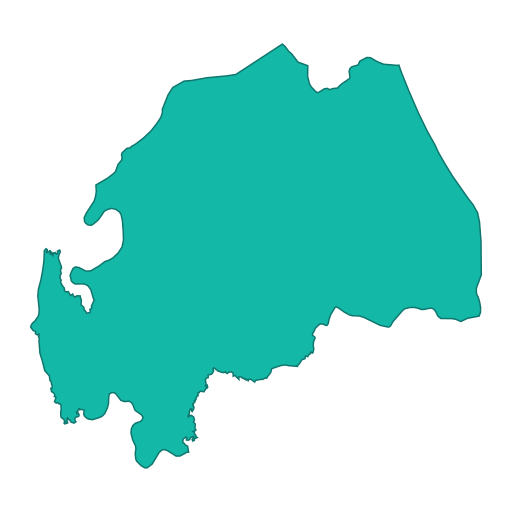 Thoulakhom, Vientiane, Laos
{"feature_id": "54806243B19850954629179", "entity_name": "Thoulakhom", "entity_type": "district", "adm_level": 2, "iso_a3": "LAO", "parent_name": "Laos", "parent_adm1": "Vientiane", "projection": "equal_earth", "projection_center": [102.616, 18.346], "detail": "fine", "context": "isolated", "style": "filled", "palette": "teal", "viewbox_px": 512, "rotation_deg": 0, "n_neighbors": 0, "source": "geoboundaries", "source_scale": "gbopen_adm2", "svg_char_len": 5902}
<svg xmlns="http://www.w3.org/2000/svg" viewBox="0 0 512 512"><path d="M162.4,109.1L162.4,112.5L160.9,117.3L156.9,123.4L151.0,130.9L143.5,138.0L135.4,144.2L131.4,146.5L129.9,147.9L127.0,148.3L122.1,152.8L121.5,155.1L122.1,157.1L121.7,160.0L118.0,164.5L115.7,171.1L114.2,173.0L107.8,178.0L95.9,185.0L96.3,191.6L95.4,197.1L94.1,201.1L86.4,213.0L84.2,217.6L84.5,221.3L85.4,222.9L87.7,224.8L91.0,225.3L92.6,224.6L97.3,220.8L99.0,219.0L104.4,211.1L107.9,209.3L111.8,208.4L115.7,209.3L119.4,211.9L121.1,214.6L122.4,220.5L123.2,231.0L123.5,240.0L122.1,246.9L118.2,252.9L112.9,257.9L109.5,259.9L104.7,261.7L98.7,266.2L90.6,270.9L85.9,271.1L79.1,267.6L75.6,266.9L73.1,268.3L71.5,271.7L70.1,275.3L71.3,280.8L72.6,282.4L75.1,284.0L83.7,283.9L86.3,284.8L88.2,286.0L90.9,289.9L93.6,299.2L94.3,299.9L91.5,305.9L91.6,308.5L89.8,309.4L90.4,311.0L90.0,312.4L87.0,313.3L85.2,310.7L84.3,310.2L83.8,307.3L81.0,304.7L81.4,299.8L80.4,297.7L80.2,295.9L76.7,295.8L75.2,297.2L73.3,295.7L72.7,294.0L70.5,295.5L68.3,291.6L65.5,291.8L64.5,290.5L64.3,288.0L62.9,286.4L60.8,282.8L60.7,281.5L61.2,280.4L60.2,278.3L60.1,275.6L61.2,273.7L60.4,270.1L61.5,268.1L61.5,267.2L58.3,258.1L59.0,254.6L60.3,251.9L60.0,250.6L59.4,250.0L57.4,251.2L57.6,253.1L56.8,254.1L56.2,254.0L55.2,252.5L54.3,253.1L53.4,252.8L52.9,255.3L51.6,252.4L50.9,252.6L51.0,254.3L50.1,253.9L50.6,251.2L50.2,250.8L49.6,250.7L49.0,251.7L46.6,252.6L46.5,251.3L47.4,250.8L47.2,249.6L46.0,248.7L44.3,250.7L44.0,260.1L42.8,269.8L41.0,279.4L38.4,289.3L37.8,295.8L39.2,309.4L38.9,314.1L37.9,316.8L34.9,321.0L32.4,323.2L31.1,325.5L30.7,327.2L33.2,330.6L35.6,331.4L35.4,333.7L37.6,335.0L38.7,334.0L39.3,335.0L38.5,337.0L39.3,337.9L39.0,340.9L39.9,353.1L42.4,361.1L44.7,370.6L49.3,375.8L50.0,380.6L51.3,381.9L51.4,383.8L52.3,385.9L52.1,387.7L50.8,388.3L50.8,388.8L51.6,389.2L51.2,390.8L51.8,391.8L53.1,392.5L54.6,394.1L54.7,395.6L54.3,396.5L55.8,397.0L56.0,397.5L54.5,401.7L56.2,403.1L57.7,402.6L59.1,404.0L60.3,403.7L60.9,404.7L61.2,409.7L60.7,411.8L60.8,415.7L61.2,417.6L63.9,419.3L64.2,420.5L65.4,421.8L64.2,422.4L64.1,423.3L64.8,423.9L67.7,422.9L66.9,420.3L67.0,418.8L67.6,417.9L68.6,419.6L70.1,420.1L70.5,421.5L71.3,422.2L74.0,423.1L75.9,421.8L74.9,420.2L74.9,418.3L76.5,416.7L77.4,416.9L78.9,416.0L79.1,414.7L78.5,413.8L76.7,413.8L76.5,411.9L77.9,412.3L77.7,410.8L78.9,408.7L79.3,408.7L79.7,409.8L81.0,409.3L84.2,410.2L83.7,414.0L84.4,416.0L87.2,418.5L88.9,419.2L92.5,419.7L99.5,417.5L102.0,416.3L104.7,413.7L107.4,408.0L108.5,403.4L108.7,397.4L109.4,393.9L112.1,392.5L114.6,392.9L116.3,394.3L120.8,400.3L124.5,401.6L129.0,401.2L131.3,402.5L132.8,404.5L134.7,409.6L135.5,410.7L141.5,414.8L142.9,417.2L142.7,418.7L141.7,420.3L140.2,421.6L135.2,423.3L132.8,425.6L131.3,429.1L131.0,433.2L132.7,439.9L135.5,445.9L135.9,448.5L135.2,453.7L135.8,459.2L136.8,461.3L141.2,465.7L144.9,467.9L147.2,467.8L152.2,464.0L159.2,452.4L162.0,450.0L163.5,449.6L166.7,450.2L176.1,456.1L180.1,456.0L187.0,452.2L188.6,452.2L187.6,446.1L185.4,445.1L184.2,443.4L182.7,442.4L183.2,439.0L186.0,437.0L186.7,437.6L186.4,440.0L188.3,440.2L189.6,439.6L190.4,437.7L193.3,436.4L193.8,437.1L192.1,439.5L192.7,441.0L194.2,440.5L194.6,438.8L197.2,437.5L195.8,436.3L195.8,435.2L194.8,434.3L194.2,432.0L193.1,431.5L195.6,430.6L195.9,429.6L194.8,428.4L195.3,424.6L195.1,423.7L193.5,422.3L194.5,419.7L193.5,416.8L191.3,415.4L190.9,415.8L189.7,415.3L188.4,417.0L188.0,415.9L189.3,413.5L189.5,411.1L190.3,409.0L191.5,408.9L191.6,411.0L192.2,411.5L193.6,409.2L194.0,407.3L193.5,406.1L192.7,405.7L193.3,404.7L192.7,404.0L194.6,402.4L194.9,401.6L194.3,401.2L194.4,400.6L195.0,400.0L195.4,400.3L196.2,398.8L196.6,396.5L198.1,395.7L197.8,395.0L198.1,394.4L197.8,393.0L199.3,392.6L199.7,391.6L200.9,391.2L203.9,391.8L206.2,388.3L207.0,388.2L207.7,387.2L207.3,385.6L206.8,386.5L205.9,386.6L205.3,386.0L206.2,384.4L205.8,383.4L205.9,382.0L205.3,380.5L205.5,379.4L207.1,377.7L208.2,377.6L208.1,375.1L211.2,374.3L212.3,373.4L213.6,371.0L213.0,368.7L213.4,368.2L214.3,367.9L216.0,369.6L216.8,369.6L217.4,370.8L221.8,372.4L224.0,372.6L225.4,371.7L225.6,372.4L227.2,373.5L229.0,372.1L231.5,371.9L233.1,373.2L233.2,376.2L234.9,375.4L238.9,379.4L238.8,377.0L239.8,376.7L241.4,377.1L242.3,378.2L243.3,377.9L244.5,379.2L245.5,378.7L246.2,380.2L247.7,379.4L248.2,380.7L249.2,379.2L251.1,379.4L254.6,382.1L255.6,380.4L261.2,379.3L262.6,379.5L265.5,377.8L266.2,378.2L267.1,377.7L268.0,375.9L270.6,372.8L271.8,368.6L280.4,365.7L283.5,365.1L285.9,365.0L288.2,365.6L297.4,366.4L297.1,365.7L298.8,364.5L302.0,359.7L305.0,358.7L305.4,356.2L306.6,356.1L307.7,356.7L309.0,354.3L309.8,354.3L310.7,352.2L311.3,352.1L312.1,353.2L313.1,352.5L313.8,348.5L313.2,345.9L313.5,342.0L315.1,337.9L314.9,337.2L312.7,335.4L312.4,334.2L314.6,330.2L315.3,328.2L319.8,324.0L323.1,324.1L325.9,325.4L327.0,325.4L328.2,323.6L329.1,319.1L330.9,314.3L334.9,307.6L335.9,307.1L336.9,307.1L339.0,308.3L344.3,312.1L349.2,314.8L352.2,315.7L359.3,316.0L363.7,317.3L380.1,325.3L388.1,327.1L389.7,326.7L390.9,325.3L392.9,321.7L402.7,310.4L404.7,308.8L409.8,307.5L413.7,307.4L417.3,308.0L421.5,309.5L424.2,309.4L431.0,308.0L433.7,309.1L435.6,311.4L437.8,316.0L440.8,318.5L451.6,318.6L455.9,319.3L460.8,321.5L467.5,318.3L479.1,316.1L480.5,312.3L480.6,307.5L479.5,301.4L478.1,297.0L476.9,294.9L476.3,292.3L476.4,288.1L481.3,274.9L481.0,241.3L479.5,222.0L477.5,212.6L472.9,204.5L468.4,198.8L452.5,176.1L445.1,164.1L438.1,151.8L435.2,145.3L427.6,131.8L418.6,113.4L408.6,90.3L401.2,71.9L398.9,65.1L397.4,65.4L383.4,64.2L376.6,61.3L370.5,57.7L366.8,57.5L359.8,61.1L358.2,64.9L351.8,66.8L350.0,68.5L349.1,71.3L349.9,76.4L349.7,78.4L341.6,84.0L339.1,86.2L337.7,88.0L333.3,88.5L329.8,89.6L327.3,88.4L324.3,88.8L318.5,92.5L316.5,92.3L311.6,87.3L309.6,84.2L307.6,76.5L307.8,65.7L298.0,62.1L291.7,53.9L288.7,51.3L285.0,46.4L282.3,44.1L235.8,74.5L226.7,75.9L207.4,77.7L191.5,80.5L184.1,81.1L172.8,87.5L168.1,94.8L162.4,109.1Z" fill="#14b8a6" stroke="#0f766e" stroke-width="1.5"/></svg>